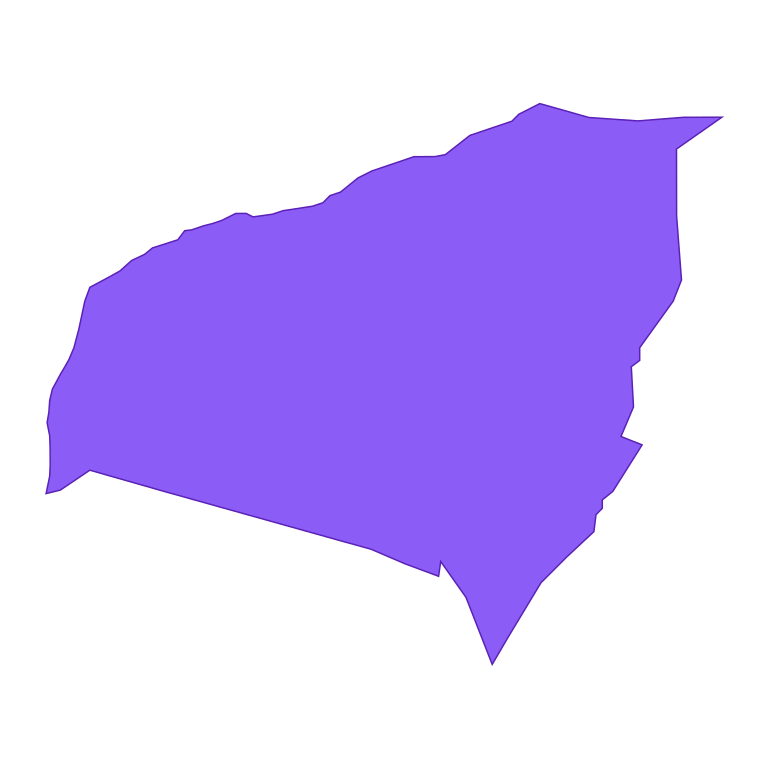 Guaymallén, Mendoza, Argentina
{"feature_id": "61730980B57963533011884", "entity_name": "Guaymallén", "entity_type": "district", "adm_level": 2, "iso_a3": "ARG", "parent_name": "Argentina", "parent_adm1": "Mendoza", "projection": "albers", "projection_center": [-68.746, -32.899], "detail": "fine", "context": "isolated", "style": "filled", "palette": "violet", "viewbox_px": 768, "rotation_deg": 0, "n_neighbors": 0, "source": "geoboundaries", "source_scale": "gbopen_adm2", "svg_char_len": 1098}
<svg xmlns="http://www.w3.org/2000/svg" viewBox="0 0 768 768"><path d="M549.8,106.4L539.8,103.6L518.9,114.2L511.9,121.2L490.9,128.3L469.9,135.4L452.9,148.7L445.4,154.6L435.0,156.6L413.9,156.7L393.0,163.8L372.0,170.9L358.0,177.9L340.5,192.1L330.0,195.6L323.0,202.7L312.5,206.2L283.0,210.7L272.5,214.2L253.1,216.9L246.1,213.4L235.6,213.5L221.6,220.5L212.3,223.6L203.6,225.8L191.5,229.9L184.7,230.7L177.8,239.8L152.5,247.9L144.5,254.4L131.6,260.5L119.9,271.0L107.1,278.1L89.9,287.3L84.8,301.1L78.9,328.9L73.9,347.8L69.1,359.2L64.9,366.7L60.6,373.9L52.4,389.1L49.7,400.3L48.9,412.0L47.1,422.7L49.7,435.9L50.1,448.2L50.2,464.9L49.7,476.1L46.1,493.6L60.3,490.1L89.8,470.2L163.7,491.3L343.5,541.6L370.7,549.1L405.0,563.8L438.6,576.3L440.7,561.5L466.0,597.4L492.2,664.4L508.3,636.9L541.0,582.7L566.7,557.0L593.9,531.6L596.0,514.7L602.3,508.3L602.3,499.9L612.8,491.4L642.1,444.9L621.0,436.5L633.5,406.9L631.3,366.7L639.7,360.4L639.7,347.7L673.2,301.1L681.5,280.0L676.6,215.9L676.5,149.0L721.9,117.2L683.4,117.3L637.9,120.9L588.9,117.5L549.8,106.4Z" fill="#8b5cf6" stroke="#5b21b6" stroke-width="1.5"/></svg>